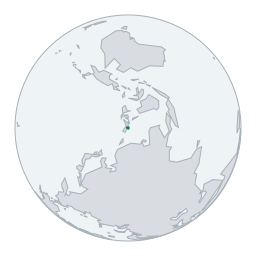 globe centered on Pangasinan, rotated 200°
{"feature_id": "PHL-2562", "entity_name": "Pangasinan", "entity_type": "Province", "adm_level": 1, "iso_a3": "PHL", "parent_name": "Philippines", "parent_adm1": "", "projection": "orthographic", "projection_center": [120.195, 16.001], "detail": "fine", "context": "on_globe", "style": "filled", "palette": "green", "viewbox_px": 256, "rotation_deg": 200, "n_neighbors": 0, "source": "natural_earth", "source_scale": "10m", "svg_char_len": 9974}
<svg xmlns="http://www.w3.org/2000/svg" viewBox="0 0 256 256"><g transform="rotate(200 128 128)"><circle cx="128" cy="128" r="113" fill="#eef3f6" stroke="#a8b0b8"/><path d="M221.6,173.0L221.4,173.7L221.3,173.8L221.6,173.0ZM192.6,35.7L185.3,31.6L182.7,32.7L185.7,35.6L182.1,33.3L190.3,40.8L191.3,44.6L187.8,38.9L185.7,37.3L185.3,38.9L183.0,37.7L181.4,37.8L178.7,36.3L176.9,33.5L175.1,32.6L174.9,33.8L172.1,33.4L172.6,31.6L167.7,30.7L163.8,26.6L167.5,24.4L163.0,22.1L160.7,20.2L158.6,19.6L157.4,19.3L166.7,22.2L175.7,26.0L184.4,30.5L192.6,35.7ZM150.6,17.7L149.6,17.5L147.8,17.1L150.6,17.7ZM234.0,95.9L233.1,93.6L233.8,94.4L234.0,95.9ZM232.4,92.6L232.8,93.3L232.4,92.8L232.4,92.6ZM232.1,92.6L232.3,92.6L232.2,92.8L232.1,92.6ZM231.8,92.8L231.9,92.6L232.0,92.7L231.8,92.8ZM231.0,92.5L230.8,92.3L230.8,91.8L231.0,92.5ZM191.7,35.3L190.8,34.6L193.5,36.4L193.1,36.2L191.7,35.3ZM188.4,38.1L188.3,37.3L189.2,38.6L188.4,38.1ZM181.7,38.2L182.4,38.9L181.3,38.7L181.7,38.2ZM176.2,36.3L174.2,36.0L175.9,35.8L176.2,36.3ZM172.8,35.5L167.9,35.1L169.2,36.5L162.9,32.5L169.1,34.0L171.1,33.4L171.2,34.5L172.8,35.5ZM153.1,18.2L151.8,17.9L151.7,17.9L153.1,18.2ZM153.3,18.3L161.1,20.5L160.6,20.6L158.1,19.7L158.7,20.3L154.6,19.2L153.3,18.6L154.5,18.7L152.0,18.3L153.3,18.3ZM160.3,30.6L158.8,30.2L160.0,30.1L160.3,30.6ZM149.3,17.4L150.9,17.7L150.5,17.8L147.2,17.2L148.4,17.3L149.3,17.4ZM160.9,21.1L160.1,21.2L156.5,20.3L155.7,20.2L154.5,19.2L160.9,21.1ZM147.5,17.1L145.5,16.9L144.0,16.6L147.7,17.1L147.5,17.1ZM151.8,18.1L151.5,18.2L150.6,17.9L151.8,18.1ZM139.4,15.9L138.2,15.8L139.4,15.9ZM144.9,16.8L145.4,16.9L145.6,17.0L144.0,16.8L144.9,16.8ZM152.0,18.7L150.7,18.4L152.3,19.1L149.7,18.6L149.4,18.1L148.4,18.1L147.6,18.0L148.3,17.8L152.0,18.7ZM143.0,16.9L141.7,16.4L138.1,15.9L143.9,16.7L143.0,16.9ZM146.1,17.4L144.2,17.1L145.0,17.0L146.9,17.3L146.1,17.4ZM148.1,18.6L152.2,19.4L152.1,19.5L148.1,18.6ZM141.8,16.8L142.2,16.9L141.5,16.7L141.8,16.8ZM146.0,17.9L147.4,18.2L147.3,18.3L146.0,17.9ZM141.6,17.1L141.2,16.9L142.4,17.0L141.6,17.1ZM143.5,17.5L143.0,17.6L143.1,17.1L144.1,17.5L143.5,17.5ZM145.6,18.0L146.0,18.2L145.0,17.9L145.6,18.0ZM137.2,17.0L137.1,16.4L139.8,16.6L139.6,17.1L137.2,17.0ZM33.3,67.0L34.4,65.4L31.3,71.8L31.6,73.9L38.1,66.0L37.7,62.2L41.3,57.5L44.5,56.9L45.3,60.8L46.7,59.1L49.2,53.6L52.5,51.7L50.4,51.5L49.0,53.6L47.6,53.7L48.9,51.9L50.0,51.2L50.6,49.6L45.1,53.7L43.1,56.3L42.8,54.9L39.3,59.2L38.2,60.4L43.6,53.6L45.4,51.7L52.8,44.1L59.3,38.8L66.1,33.9L66.0,34.0L71.1,30.9L71.4,30.9L68.2,32.6L65.5,34.4L63.6,36.6L64.5,36.3L68.0,34.3L67.0,35.4L70.7,33.1L71.7,33.9L73.6,31.2L77.8,29.3L80.8,28.7L82.5,27.7L77.6,28.7L75.4,29.6L72.9,31.1L67.1,33.8L66.9,33.7L74.2,29.4L74.6,28.9L80.1,26.2L89.9,24.3L91.7,25.2L85.6,30.2L82.7,30.9L83.4,29.2L78.7,32.4L81.0,31.3L80.2,32.4L84.0,31.3L83.6,32.0L87.9,29.8L87.9,30.6L85.1,32.0L90.7,31.5L91.8,33.1L93.3,32.7L94.5,31.8L95.0,34.7L96.1,34.3L96.3,33.1L98.6,31.6L102.7,30.2L102.7,31.3L101.2,32.0L97.9,35.2L93.9,37.0L94.3,37.4L97.8,36.1L101.7,32.1L104.3,31.0L102.8,32.8L103.5,32.0L104.8,31.8L105.9,32.8L107.8,30.8L121.4,28.6L125.1,30.6L122.2,32.1L131.8,32.9L135.1,35.8L135.3,34.6L140.0,34.6L139.1,33.7L139.5,33.1L151.1,33.6L153.8,34.9L159.1,34.5L159.2,34.0L157.5,32.9L162.9,32.5L169.2,36.5L168.6,37.4L172.9,39.6L171.0,41.5L171.4,44.3L166.8,45.7L167.5,48.1L169.1,48.7L171.3,52.8L170.2,59.5L164.0,51.2L164.2,42.2L163.5,45.4L161.6,44.0L160.1,44.8L159.7,47.4L161.0,48.1L149.7,50.0L144.8,56.9L150.2,57.3L152.9,60.1L152.1,70.1L139.1,82.4L142.5,87.7L142.3,90.9L138.2,92.3L138.5,87.7L135.0,85.5L135.8,82.9L129.3,84.2L130.1,80.5L124.7,83.6L126.0,86.8L131.4,86.8L126.3,91.5L130.9,97.5L130.6,104.1L120.2,114.6L110.9,117.0L110.1,119.1L106.8,116.2L101.8,119.7L107.4,132.5L107.0,136.0L99.1,141.5L99.1,138.9L90.3,131.3L88.2,139.2L94.8,147.1L97.0,155.4L91.7,152.1L89.5,144.8L86.5,141.9L87.7,134.8L85.8,123.8L80.5,124.9L81.3,120.7L78.0,111.2L70.6,112.5L58.6,121.3L56.3,131.8L52.4,135.6L49.2,118.7L50.6,108.1L47.7,108.2L45.9,98.1L37.8,93.8L38.1,90.8L36.3,91.3L35.2,87.4L36.4,82.8L35.1,82.1L32.3,94.4L33.9,95.2L37.4,92.1L36.2,96.2L37.4,101.1L30.6,108.5L21.0,111.3L22.7,103.2L28.9,79.2L30.2,77.2L30.3,76.9L30.5,76.4L28.4,79.5L30.4,75.2L24.3,90.8L22.1,97.2L20.9,111.7L20.3,112.6L20.7,116.0L25.1,116.3L24.5,118.9L20.9,129.4L17.1,141.7L19.1,153.7L21.4,163.2L22.1,166.2L19.6,158.7L17.7,150.9L16.4,143.1L15.6,135.2L15.4,127.2L15.7,119.3L16.6,111.4L18.1,103.5L20.1,95.8L22.6,88.3L25.7,80.9L29.2,73.8L33.3,67.0ZM48.1,48.6L43.7,53.3L44.6,52.3L43.5,53.6L48.1,48.6ZM43.6,70.0L45.9,72.5L49.4,66.2L50.6,66.8L51.4,64.6L49.7,65.8L52.3,60.1L54.9,59.6L57.0,57.2L56.3,56.3L51.1,58.2L47.3,66.2L44.8,67.9L43.6,70.0ZM145.6,16.8L145.4,16.7L143.3,16.4L141.8,16.2L142.8,16.3L140.1,16.0L145.6,16.8ZM126.1,15.4L127.4,15.4L132.1,15.5L133.1,15.7L131.0,15.6L133.4,15.8L130.1,15.9L130.8,16.1L128.1,16.5L123.7,16.5L124.7,16.7L122.8,17.3L119.0,17.5L120.8,17.0L115.4,17.8L115.7,17.2L115.1,17.4L113.8,17.2L111.2,17.3L111.9,17.0L110.6,17.2L109.8,17.2L108.2,17.4L108.9,17.1L107.0,17.4L108.4,17.1L105.0,17.7L107.8,17.2L107.5,17.2L116.8,15.9L126.1,15.4ZM136.4,17.1L131.0,16.9L128.5,16.6L134.1,16.1L134.0,15.9L137.5,15.9L141.0,16.4L139.7,16.3L139.3,16.4L138.3,16.2L138.7,16.4L136.9,16.4L136.7,16.6L135.0,16.5L136.4,17.1ZM68.2,32.7L68.2,32.8L67.3,33.4L66.3,34.0L68.2,32.7ZM103.0,21.0L104.4,20.4L104.9,20.4L109.0,19.6L109.1,20.1L106.7,20.8L103.0,21.0ZM36.8,66.8L35.4,67.8L35.9,66.6L36.3,66.5L36.8,66.8ZM37.1,62.0L36.0,64.1L36.7,62.5L37.1,62.0ZM103.7,21.4L105.4,21.0L104.4,21.5L103.7,21.4ZM109.3,20.5L108.6,21.1L109.5,20.1L109.3,20.5ZM69.9,222.1L72.3,223.5L71.1,223.2L69.9,222.1ZM26.1,166.8L30.3,181.8L28.9,180.5L26.3,175.2L23.2,165.6L24.0,164.3L23.8,160.5L26.1,166.8ZM125.6,176.6L129.1,177.3L129.0,177.8L125.6,176.6ZM122.0,174.6L125.9,175.1L121.3,175.6L122.0,174.6ZM127.5,175.3L131.5,174.6L133.3,174.0L133.0,174.9L127.5,175.3ZM119.3,174.4L105.0,172.7L99.4,170.7L100.6,169.1L109.7,170.6L119.3,174.4ZM100.2,169.0L91.8,162.6L80.8,145.7L84.7,146.6L96.3,157.6L95.5,159.1L100.6,163.9L100.2,169.0ZM120.9,161.8L120.1,166.5L112.1,165.2L108.5,164.1L106.0,157.7L107.4,154.7L110.3,155.2L122.0,145.7L126.0,148.7L122.3,152.9L125.6,157.3L120.9,161.8ZM56.6,132.9L58.2,139.9L56.2,140.5L56.6,132.9ZM127.0,138.7L122.1,142.9L126.7,137.1L127.0,138.7ZM129.9,133.0L130.0,135.5L128.2,133.0L129.9,133.0ZM109.7,122.3L106.6,122.5L106.7,120.8L110.7,119.6L109.7,122.3ZM130.3,109.8L129.8,114.7L129.0,116.3L127.8,113.2L130.3,109.8ZM106.9,27.4L101.2,27.7L97.1,28.8L95.0,30.5L95.6,28.5L101.8,26.8L106.9,27.4ZM119.6,28.2L121.5,27.0L122.4,27.7L122.0,28.0L119.6,28.2ZM119.6,27.4L118.8,25.8L121.0,25.3L121.2,26.6L119.6,27.4ZM111.0,23.0L109.4,23.0L110.2,22.5L111.0,23.0ZM194.9,213.4L196.0,213.7L192.8,216.5L188.4,219.5L184.5,221.0L194.9,213.4ZM163.6,222.9L163.5,220.0L168.1,219.6L166.2,222.2L163.6,222.9ZM198.0,211.1L200.9,208.1L202.0,204.7L201.6,207.6L203.8,207.1L196.9,213.3L198.0,211.1ZM146.5,210.5L124.5,215.6L119.6,214.4L120.7,211.9L115.9,203.3L117.5,203.7L116.3,197.9L129.2,193.7L138.4,184.6L145.8,185.6L151.3,178.7L158.9,179.4L156.7,184.9L164.7,188.7L170.0,176.3L175.0,189.5L180.9,194.0L182.7,201.9L172.5,215.2L166.5,217.8L165.3,216.7L162.9,218.1L159.0,217.6L156.7,213.5L154.3,214.8L156.6,211.7L153.1,214.4L151.1,211.7L146.5,210.5ZM201.3,186.3L202.4,186.5L204.2,188.5L202.4,188.3L201.3,186.3ZM218.6,176.3L219.1,177.2L217.9,177.7L218.6,176.3ZM221.3,173.8L219.9,174.6L221.6,173.0L221.3,173.8ZM207.3,178.0L207.8,178.7L207.4,179.1L207.3,178.0ZM206.8,177.8L207.5,176.4L207.4,177.7L206.8,177.8ZM201.3,171.2L202.0,170.4L202.3,170.9L201.3,171.2ZM134.3,177.8L139.2,174.4L141.9,174.3L134.3,177.8ZM200.3,169.8L198.6,169.8L198.7,169.0L200.3,169.8ZM200.4,168.1L200.2,167.1L201.3,169.4L200.4,168.1ZM197.0,166.0L199.2,167.7L196.8,166.2L197.0,166.0ZM195.8,166.3L194.2,165.6L194.3,165.3L195.8,166.3ZM178.4,168.2L184.2,174.2L179.6,174.1L174.4,170.4L170.4,173.9L161.4,173.1L163.4,171.0L162.2,167.6L152.9,166.0L151.0,163.7L154.3,162.4L148.2,160.3L154.8,159.6L157.6,164.3L161.4,160.9L168.0,161.9L174.4,163.5L179.6,166.9L178.4,168.2ZM154.9,169.6L156.1,169.6L155.1,170.9L154.9,169.6ZM191.3,163.2L193.5,165.3L193.2,165.9L192.1,165.6L191.3,163.2ZM180.8,166.1L186.4,162.3L187.8,162.4L184.1,166.6L180.8,166.1ZM185.0,159.9L187.7,160.4L189.1,162.5L188.5,163.1L185.0,159.9ZM141.3,164.7L141.1,165.9L139.4,164.8L141.3,164.7ZM143.5,164.1L148.7,165.7L143.1,165.1L143.5,164.1ZM128.0,158.6L129.5,161.7L134.2,160.2L130.6,162.6L133.8,167.7L132.8,169.5L129.5,164.0L128.5,169.3L126.4,169.1L125.2,164.3L127.3,158.8L129.4,156.6L137.9,156.2L128.0,158.6ZM143.5,160.5L142.1,156.9L143.2,154.6L144.6,156.6L143.5,160.5ZM138.2,148.2L134.6,143.9L131.4,145.2L138.1,140.1L140.3,145.1L138.2,148.2ZM135.3,139.2L132.2,140.3L135.5,137.3L135.3,139.2ZM131.5,138.9L131.2,136.1L133.6,136.6L131.5,138.9ZM136.9,139.4L137.6,134.7L138.8,137.6L136.9,139.4ZM130.5,129.7L135.4,134.7L128.8,132.2L129.0,123.1L131.8,123.1L130.5,129.7ZM149.0,95.0L148.6,92.4L151.3,92.1L150.8,93.9L149.0,95.0ZM159.6,89.5L151.8,91.2L145.5,93.0L147.3,94.2L145.6,98.3L143.1,94.2L147.7,89.9L152.5,89.4L153.5,86.1L157.1,84.1L156.8,79.8L158.5,78.2L160.3,82.0L159.6,89.5ZM156.5,78.0L157.3,70.9L162.2,72.4L163.1,74.2L160.7,76.8L158.2,75.9L156.5,78.0ZM158.9,69.7L156.5,68.8L152.7,58.4L153.1,56.7L158.6,64.9L156.7,64.5L156.8,67.0L158.9,69.7ZM159.1,30.8L158.9,30.3L160.0,30.9L159.1,30.8ZM138.8,32.6L139.7,32.0L140.9,32.6L138.8,32.6ZM142.6,30.7L140.6,30.5L142.7,30.3L142.6,30.7ZM136.1,30.2L139.8,30.2L136.3,30.8L136.1,30.2Z" fill="#d9dde1" stroke="#a8b0b8" stroke-width="1"/><path d="M127.4,128.4L127.4,128.2L127.2,128.1L127.2,127.9L127.2,127.7L127.2,127.4L127.3,127.3L127.4,127.2L127.5,127.3L127.4,127.5L127.5,127.5L127.8,127.7L127.8,127.8L128.0,127.9L128.2,128.0L128.3,128.0L128.4,127.9L128.3,127.7L128.5,127.6L128.8,127.6L129.0,127.6L129.3,127.7L129.3,127.8L129.4,128.0L129.3,128.3L129.2,128.3L128.8,128.4L128.7,128.3L128.7,128.5L128.4,128.5L128.2,128.7L128.1,128.8L128.1,128.7L127.9,128.5L127.9,128.4L127.7,128.3L127.4,128.4L127.4,128.4ZM127.6,127.5L127.5,127.4L127.6,127.5Z" fill="#22c55e" stroke="#15803d" stroke-width="1.5"/></g></svg>